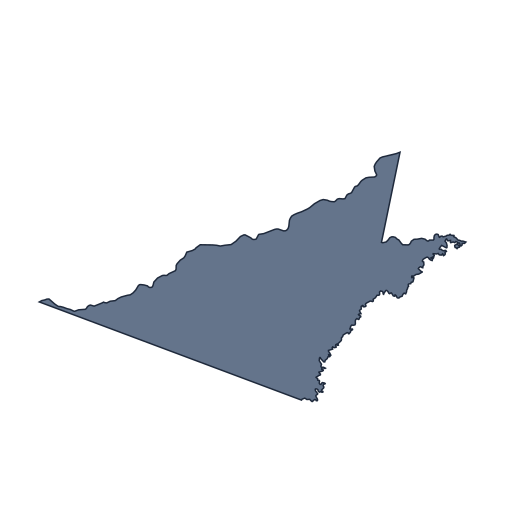 Barranca De Upia, Meta, Colombia (Albers equal-area conic projection), rotated 282°
{"feature_id": "7082276B26667075739233", "entity_name": "Barranca De Upia", "entity_type": "district", "adm_level": 2, "iso_a3": "COL", "parent_name": "Colombia", "parent_adm1": "Meta", "projection": "albers", "projection_center": [-72.985, 4.546], "detail": "fine", "context": "isolated", "style": "filled", "palette": "slate", "viewbox_px": 512, "rotation_deg": 282, "n_neighbors": 0, "source": "geoboundaries", "source_scale": "gbopen_adm2", "svg_char_len": 6156}
<svg xmlns="http://www.w3.org/2000/svg" viewBox="0 0 512 512"><g transform="rotate(282 256 256)"><path d="M124.5,330.5L125.5,330.8L127.1,333.3L126.2,335.6L127.0,338.4L125.9,339.8L125.3,341.1L125.5,341.6L126.7,342.2L128.0,343.5L127.7,344.4L127.0,345.0L127.1,345.9L127.8,346.2L128.7,345.9L131.0,343.9L131.7,343.6L132.4,343.8L133.5,344.9L134.1,345.0L136.3,342.4L137.3,341.8L138.1,341.7L138.4,342.0L138.6,342.7L138.3,344.0L138.0,344.4L136.8,344.9L136.0,346.2L136.1,346.7L136.8,347.4L136.4,348.9L136.8,349.7L137.4,349.6L137.6,348.7L138.5,348.0L141.2,349.7L142.0,349.6L143.2,348.6L144.2,348.6L144.8,349.0L145.1,350.0L145.6,350.2L146.0,349.6L146.0,347.3L145.5,346.8L143.9,346.2L143.8,345.3L144.6,344.4L146.1,344.1L146.8,344.2L147.4,343.8L147.5,343.5L147.3,342.3L147.7,342.0L148.7,341.9L149.7,340.0L150.2,340.1L151.1,341.4L152.2,342.1L152.6,343.2L153.2,343.7L153.9,343.6L155.0,341.9L155.5,341.7L157.3,345.0L158.0,345.6L158.6,345.4L158.8,343.8L160.0,343.7L160.5,344.9L160.3,346.8L160.7,347.2L161.2,345.3L160.8,343.5L161.1,342.7L161.8,342.4L163.7,342.6L166.8,339.6L169.4,339.3L170.0,339.6L170.0,340.0L168.9,340.9L166.5,344.3L166.7,345.3L168.4,345.4L170.4,347.0L172.5,347.4L172.7,348.7L173.0,349.1L173.9,347.8L174.7,347.5L174.8,348.4L174.3,349.4L174.6,349.8L176.9,347.9L177.7,346.8L178.7,346.5L180.8,350.3L182.1,349.6L183.0,349.9L182.6,351.6L183.3,353.3L183.8,353.3L184.8,352.5L185.9,352.5L186.6,353.4L185.7,353.9L185.6,354.4L185.9,355.1L187.2,354.4L190.9,356.9L191.9,357.0L193.8,356.6L195.1,357.5L196.9,357.7L200.0,361.0L200.1,361.9L199.2,362.6L199.2,363.1L201.1,364.2L202.5,364.2L203.9,365.7L204.4,365.7L204.6,365.5L204.1,363.0L204.7,362.9L205.6,363.3L206.9,363.2L208.4,364.1L208.4,365.4L209.2,367.1L210.4,367.3L213.3,366.6L214.5,366.8L215.8,367.7L215.2,369.3L215.4,369.8L217.4,370.2L218.3,371.1L219.0,370.9L219.6,368.8L220.0,368.4L220.7,368.9L221.4,370.7L223.9,368.6L224.5,368.7L226.0,370.0L228.0,369.4L228.6,369.4L229.8,370.6L229.6,371.1L228.8,371.2L228.6,371.5L229.0,373.1L230.0,374.0L231.4,373.1L232.1,373.2L233.0,373.9L235.6,377.0L235.8,378.0L235.6,379.3L236.0,379.9L236.6,380.1L238.0,379.6L240.0,381.5L242.7,382.5L243.2,384.3L243.6,384.8L244.5,384.9L246.4,384.3L247.7,385.1L247.6,387.1L247.1,387.6L245.3,388.3L245.1,388.8L246.4,389.0L249.1,390.1L249.4,390.4L249.5,391.0L248.7,392.4L247.1,393.8L246.9,394.6L248.0,395.7L248.0,396.2L245.5,398.6L245.5,400.0L246.8,400.0L246.9,400.4L246.2,401.4L244.6,402.7L244.4,403.7L244.8,404.7L246.0,405.5L247.0,407.3L248.8,407.6L250.2,408.3L250.5,408.9L250.0,409.9L250.1,410.3L252.1,410.7L254.1,410.5L255.5,411.0L256.9,410.9L258.1,411.6L259.3,410.9L260.0,410.9L260.5,411.4L261.1,413.1L262.6,413.3L263.1,414.6L263.5,414.9L267.4,415.1L267.7,414.4L267.2,412.9L267.8,412.5L268.8,412.6L269.2,414.5L271.2,416.3L272.1,418.9L274.8,421.9L275.1,421.8L275.4,420.5L277.3,417.4L278.3,417.7L279.7,419.0L279.7,419.6L279.1,421.0L279.2,421.6L280.5,421.4L282.2,422.1L285.0,421.3L285.2,420.1L285.6,419.8L286.5,419.8L287.8,420.4L290.1,422.9L290.5,423.8L290.3,424.8L288.9,426.3L288.2,428.2L288.2,429.3L289.6,429.3L291.0,430.0L291.0,429.4L290.3,427.9L290.4,427.4L292.4,429.8L293.1,430.3L293.7,430.2L294.7,428.8L295.1,428.8L295.6,432.4L296.4,433.6L295.2,435.1L295.4,437.1L297.0,438.1L296.6,438.6L295.6,438.9L295.3,439.4L296.5,440.5L297.4,440.7L299.1,440.1L300.0,441.3L300.9,440.5L300.9,440.0L300.1,438.1L300.4,436.8L301.1,435.8L300.7,434.1L301.0,433.7L302.5,434.1L305.0,435.4L303.7,439.9L303.6,440.7L303.9,441.0L306.0,440.7L308.4,439.5L309.8,437.8L310.5,437.9L312.3,438.6L312.2,439.2L311.0,440.0L310.7,440.6L311.7,443.0L309.8,443.3L309.5,443.7L310.7,445.9L310.4,447.7L311.8,448.5L311.5,449.8L310.8,450.4L309.4,450.2L307.8,448.2L307.2,448.2L305.7,449.0L305.6,450.2L305.0,451.1L306.2,451.7L306.8,453.0L307.5,453.4L308.0,453.1L309.1,450.9L310.8,451.2L311.1,451.7L310.9,452.4L308.7,453.6L308.6,454.7L309.6,455.3L311.2,455.1L311.7,457.4L313.3,458.4L313.6,455.2L313.2,453.9L313.7,451.9L313.5,450.9L313.8,450.0L315.4,447.8L316.0,445.5L316.2,445.3L317.1,445.5L317.3,445.3L316.8,442.6L317.6,441.3L316.5,440.5L316.0,438.6L315.1,437.9L313.8,435.4L313.7,434.9L314.2,433.9L313.8,432.7L312.4,431.6L312.5,431.3L314.8,429.8L315.0,429.2L314.9,427.8L314.3,426.9L313.0,426.2L311.2,426.2L309.3,426.6L308.4,426.1L307.6,422.3L306.6,421.7L306.3,420.9L306.6,419.7L307.6,417.9L307.7,414.3L306.0,410.3L305.2,407.1L302.7,404.8L301.0,404.5L299.2,403.6L298.5,402.6L297.5,397.2L298.6,395.5L301.5,392.2L301.7,390.9L303.2,388.4L303.3,386.0L302.9,384.6L301.7,383.1L299.1,381.9L296.8,380.4L295.3,377.2L295.4,375.9L387.5,375.3L385.3,371.9L379.2,359.1L377.6,356.9L373.1,354.4L370.8,353.5L368.2,353.0L363.9,354.6L360.6,357.1L359.8,357.1L358.8,356.5L357.9,355.5L356.5,350.2L355.3,347.3L352.3,344.2L350.8,343.1L346.8,341.3L345.5,340.3L344.7,338.7L343.9,338.1L337.9,336.3L337.0,335.4L335.9,333.4L334.5,332.2L330.6,331.1L329.9,329.2L329.5,325.7L329.1,324.7L328.5,323.7L326.1,322.2L325.3,321.2L324.9,318.1L324.9,316.6L325.4,314.1L325.2,310.0L323.6,307.1L319.3,302.3L314.5,298.5L312.8,296.7L308.7,291.3L306.5,287.6L304.4,284.7L302.4,282.6L300.0,281.7L297.9,281.3L292.0,281.9L289.6,281.7L287.6,280.6L286.8,279.6L286.3,277.8L287.0,272.0L286.7,270.5L285.9,268.7L279.5,258.9L277.8,254.4L277.2,254.0L272.7,252.7L272.2,252.0L271.7,250.5L271.6,249.0L272.7,247.1L274.4,241.0L274.1,239.7L271.8,236.7L266.3,233.3L262.0,229.3L260.0,223.2L258.3,219.0L258.3,215.4L257.8,211.3L255.4,199.1L251.5,195.6L250.4,195.2L249.9,194.7L248.1,192.6L245.4,187.5L241.4,186.7L239.2,185.8L236.2,182.8L232.0,180.4L230.2,179.9L226.3,180.6L224.8,180.1L220.7,174.6L218.6,173.0L218.2,171.8L218.0,170.0L217.4,168.4L214.0,164.3L209.3,161.5L206.0,161.4L204.5,161.1L203.7,160.5L203.1,158.7L203.4,157.2L204.2,156.1L204.4,152.6L204.1,149.2L203.7,148.0L202.6,147.1L197.9,145.5L195.8,144.3L194.2,143.3L191.9,141.1L190.8,138.3L187.9,132.7L185.7,129.9L183.1,127.6L181.4,122.7L179.1,119.8L178.9,117.8L179.2,116.5L178.0,115.1L173.3,108.1L173.6,104.3L173.0,103.1L171.5,101.7L169.5,101.0L168.4,100.2L166.5,93.7L164.2,90.1L164.2,89.1L165.1,85.4L165.2,82.1L165.8,78.1L165.9,75.1L165.6,73.5L165.8,72.4L167.3,68.9L170.9,62.5L170.4,60.5L169.0,58.3L167.9,55.8L166.0,53.6L124.5,330.5Z" fill="#64748b" stroke="#1e293b" stroke-width="1.5"/></g></svg>